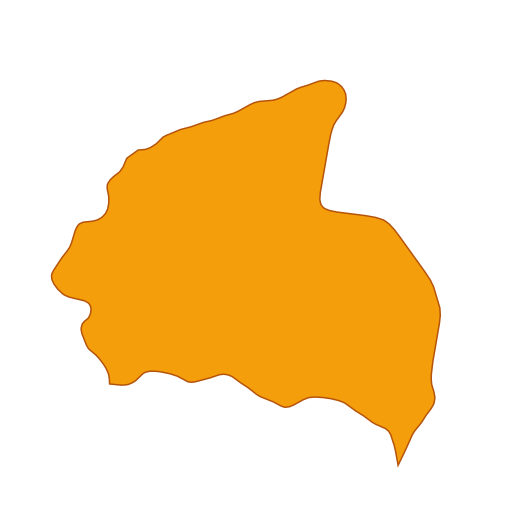 the district of Las Guaranas, Duarte, Dominican Republic, rotated 99°
{"feature_id": "3306468B34554561821271", "entity_name": "Las Guaranas", "entity_type": "district", "adm_level": 2, "iso_a3": "DOM", "parent_name": "Dominican Republic", "parent_adm1": "Duarte", "projection": "mercator", "projection_center": [-70.215, 19.194], "detail": "fine", "context": "isolated", "style": "filled", "palette": "amber", "viewbox_px": 512, "rotation_deg": 99, "n_neighbors": 0, "source": "geoboundaries", "source_scale": "gbopen_adm2", "svg_char_len": 2382}
<svg xmlns="http://www.w3.org/2000/svg" viewBox="0 0 512 512"><g transform="rotate(99 256 256)"><path d="M194.3,403.9L199.6,408.9L203.2,411.7L207.2,413.6L209.3,414.0L212.9,413.5L219.8,410.9L226.3,409.7L233.0,409.9L237.4,411.2L241.1,413.6L242.6,415.0L245.2,418.4L247.0,422.2L249.6,431.9L251.7,435.2L253.2,436.4L255.0,437.3L259.0,438.5L272.2,440.3L276.7,441.5L280.6,443.3L288.1,447.5L301.4,453.5L305.0,454.7L307.0,454.9L309.2,454.5L311.3,453.8L315.0,451.4L319.9,446.5L323.9,440.5L324.8,438.3L325.9,433.7L327.1,418.3L328.5,414.5L329.8,412.9L331.4,411.7L333.3,410.9L335.2,410.5L339.0,410.5L342.6,411.5L344.1,412.3L347.4,415.3L350.3,417.0L354.0,417.4L356.0,417.2L359.7,415.9L370.0,409.9L373.1,407.5L374.5,405.9L378.8,398.7L381.7,395.0L386.6,389.8L390.3,386.6L394.3,384.0L396.4,382.9L400.8,381.5L405.3,380.6L404.6,368.7L403.6,364.2L402.8,362.0L400.6,358.4L397.9,355.3L390.2,349.5L388.9,348.1L387.7,346.3L386.2,342.0L385.6,337.3L385.3,332.3L385.8,322.2L387.0,314.9L390.9,303.5L390.8,299.8L389.7,296.2L383.8,282.8L379.0,273.6L377.8,269.4L377.8,264.9L378.8,260.7L383.6,251.4L387.3,243.2L392.6,233.8L394.3,229.6L397.3,216.3L399.9,208.8L400.8,205.2L400.8,203.3L399.6,199.3L397.4,195.7L390.4,186.6L388.0,182.5L387.1,180.2L386.0,175.2L385.3,167.5L385.2,159.7L385.8,152.0L386.8,147.1L387.6,144.7L393.5,133.2L397.0,124.8L402.0,115.3L403.5,111.3L406.2,101.1L408.3,97.6L411.4,95.0L422.0,89.6L428.7,87.0L440.5,82.9L423.2,77.7L408.0,73.6L404.1,72.0L394.8,66.6L386.5,63.0L379.2,59.1L375.3,57.6L373.1,57.1L368.7,57.1L366.6,57.5L362.7,58.9L355.3,62.4L350.6,63.6L345.6,64.3L332.7,64.8L293.5,64.3L285.8,64.7L278.5,66.3L258.8,75.7L252.7,79.9L245.1,86.8L213.7,117.9L208.4,123.4L203.7,129.3L201.3,133.7L200.4,136.1L199.2,143.7L199.0,154.2L199.9,183.2L199.6,190.4L198.6,194.9L197.7,197.0L196.2,198.8L194.4,200.2L190.3,201.8L183.3,202.4L134.3,201.6L124.0,201.2L119.0,200.6L114.1,199.6L109.9,197.9L100.4,193.1L96.0,191.8L91.4,191.3L86.8,191.5L82.3,192.7L78.5,194.9L75.3,198.0L73.0,201.8L72.2,204.1L71.5,208.7L71.9,215.7L73.1,220.2L74.0,222.3L79.2,231.6L82.2,237.8L84.5,241.9L95.0,255.2L97.6,259.3L99.5,263.6L102.8,276.9L104.6,281.2L107.2,285.3L116.2,296.8L118.7,300.8L122.5,309.1L128.9,320.4L132.3,328.9L138.5,340.3L143.0,350.6L150.7,363.1L153.0,366.3L160.9,372.2L165.1,376.8L167.3,380.4L168.2,382.5L169.8,389.0L179.6,398.9L189.1,401.3L194.3,403.9Z" fill="#f59e0b" stroke="#b45309" stroke-width="1.5"/></g></svg>